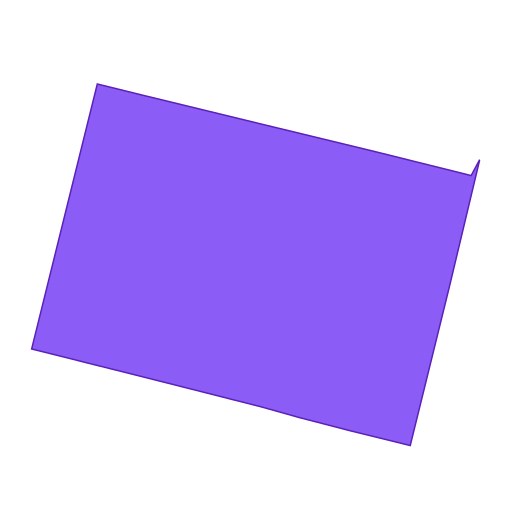 the district of Mercer, Ohio, United States of America, rotated 284°
{"feature_id": "52423323B6373952643979", "entity_name": "Mercer", "entity_type": "district", "adm_level": 2, "iso_a3": "USA", "parent_name": "United States of America", "parent_adm1": "Ohio", "projection": "albers", "projection_center": [-84.687, 40.541], "detail": "fine", "context": "isolated", "style": "filled", "palette": "violet", "viewbox_px": 512, "rotation_deg": 284, "n_neighbors": 0, "source": "geoboundaries", "source_scale": "gbopen_adm2", "svg_char_len": 466}
<svg xmlns="http://www.w3.org/2000/svg" viewBox="0 0 512 512"><g transform="rotate(284 256 256)"><path d="M111.2,223.1L111.0,269.1L110.9,296.4L109.8,334.3L109.7,337.3L109.2,390.4L109.4,451.5L271.7,451.1L402.6,449.8L402.8,449.5L386.1,445.3L386.1,348.8L385.4,242.7L385.3,227.4L384.6,105.6L384.5,60.4L111.5,60.8L111.5,70.7L111.5,87.5L111.5,99.0L111.5,101.2L111.4,116.3L111.4,131.4L111.4,147.5L111.2,223.1Z" fill="#8b5cf6" stroke="#5b21b6" stroke-width="1.5"/></g></svg>